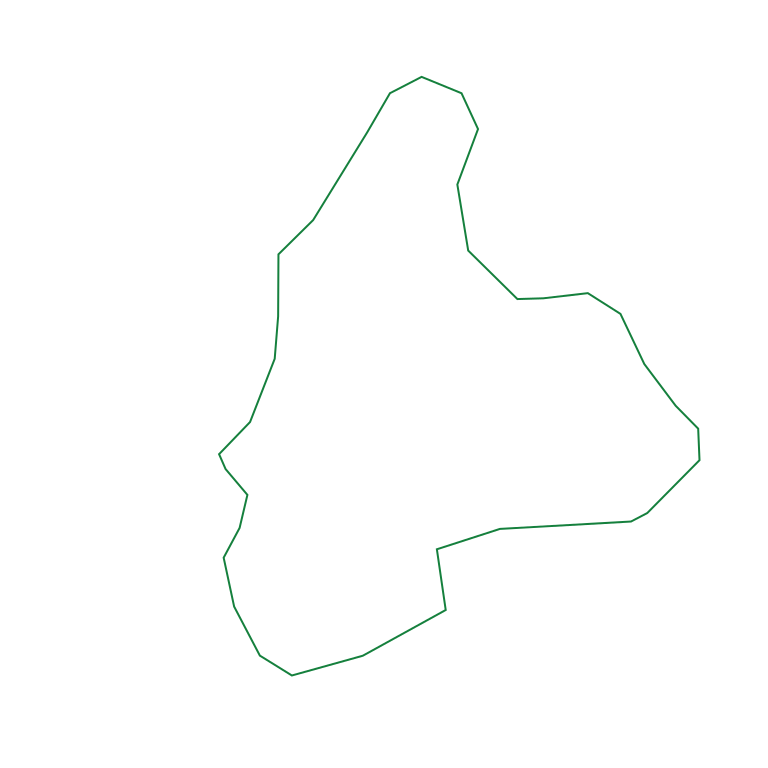 the border of Francistown, rotated 329°
{"feature_id": "BWA-5502", "entity_name": "Francistown", "entity_type": "City", "adm_level": 1, "iso_a3": "BWA", "parent_name": "Botswana", "parent_adm1": "", "projection": "mercator", "projection_center": [27.509, -21.161], "detail": "fine", "context": "isolated", "style": "outline", "palette": "green", "viewbox_px": 768, "rotation_deg": 329, "n_neighbors": 0, "source": "natural_earth", "source_scale": "10m", "svg_char_len": 586}
<svg xmlns="http://www.w3.org/2000/svg" viewBox="0 0 768 768"><g transform="rotate(329 384 384)"><path d="M538.9,137.8L574.4,140.1L600.2,174.7L595.9,213.9L549.6,250.8L524.9,313.0L542.1,379.9L564.7,392.6L605.5,411.1L622.8,445.7L617.4,501.0L622.8,552.9L630.3,584.1L615.2,611.8L543.2,630.2L524.9,629.1L408.7,567.9L344.2,552.9L320.5,609.5L225.9,606.0L154.9,586.4L137.7,552.9L140.9,497.6L157.1,450.3L186.1,433.0L209.8,408.7L204.4,375.3L206.5,359.2L249.6,347.6L303.3,306.1L328.1,271.5L360.3,218.5L407.7,207.0L499.1,159.7L538.9,137.8Z" fill="none" stroke="#15803d" stroke-width="2"/></g></svg>